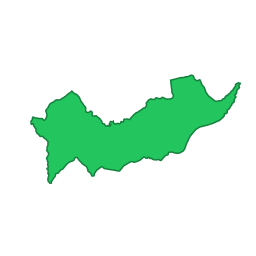 Laulara, Aileu, East Timor (Equal Earth projection), rotated 17°
{"feature_id": "22284137B18374352558819", "entity_name": "Laulara", "entity_type": "district", "adm_level": 2, "iso_a3": "TLS", "parent_name": "East Timor", "parent_adm1": "Aileu", "projection": "equal_earth", "projection_center": [125.578, -8.625], "detail": "fine", "context": "isolated", "style": "filled", "palette": "green", "viewbox_px": 256, "rotation_deg": 17, "n_neighbors": 0, "source": "geoboundaries", "source_scale": "gbopen_adm2", "svg_char_len": 5827}
<svg xmlns="http://www.w3.org/2000/svg" viewBox="0 0 256 256"><g transform="rotate(17 128 128)"><path d="M186.7,134.6L187.5,133.9L187.8,133.3L188.4,130.6L188.4,129.0L188.5,126.1L189.8,117.7L190.2,116.7L192.8,110.7L193.6,109.2L194.8,107.8L196.7,105.8L198.0,105.1L203.7,101.6L205.0,100.6L206.9,99.4L208.3,98.3L211.5,95.4L212.0,95.0L213.0,94.5L213.3,93.6L213.8,93.2L214.3,92.5L214.9,91.2L215.9,89.8L216.3,88.9L216.4,88.1L216.2,86.7L216.2,86.1L216.9,85.7L217.8,85.5L218.1,85.0L218.3,84.3L218.3,83.5L217.8,82.7L217.6,82.0L218.8,80.7L219.1,80.1L219.5,79.0L219.5,78.1L219.8,77.1L220.2,76.5L220.5,75.4L220.4,74.8L220.5,73.7L220.9,73.4L221.4,73.0L221.7,72.4L221.8,71.7L221.8,71.0L221.5,70.5L221.4,68.4L222.1,67.4L222.1,66.7L221.7,66.1L220.8,65.9L220.5,65.1L220.7,64.6L221.2,64.1L221.6,63.4L221.6,62.3L221.0,60.8L221.1,60.2L221.4,59.8L222.0,58.2L222.6,57.3L222.7,56.5L222.2,55.7L221.7,55.4L221.5,54.9L221.5,54.3L222.3,53.3L222.3,52.5L220.9,52.7L220.5,52.4L219.3,53.4L218.7,54.1L218.2,54.9L218.3,55.7L218.6,56.4L217.9,58.1L217.2,60.3L217.2,61.0L217.0,61.7L216.5,62.0L215.9,62.8L215.5,64.6L214.7,65.8L214.3,66.1L213.9,66.7L213.8,67.4L213.5,68.0L212.7,68.2L212.3,68.8L211.9,69.8L211.8,70.7L211.6,71.6L211.1,72.0L210.1,72.5L209.4,74.3L208.8,74.8L207.7,75.1L206.3,75.8L205.1,76.5L203.4,76.8L195.2,73.6L194.2,72.7L192.0,71.0L190.9,69.3L189.9,68.1L188.8,66.7L188.2,66.4L185.9,64.9L185.2,63.8L182.8,61.0L182.3,61.0L181.0,62.2L180.1,62.6L179.4,62.6L177.7,61.9L177.0,61.4L176.3,60.6L175.7,59.5L175.1,59.1L174.1,58.9L173.4,58.9L172.5,59.3L172.0,59.9L170.0,61.5L168.4,62.0L166.7,63.2L165.4,64.0L164.5,64.0L162.0,65.4L158.7,67.5L156.3,68.9L154.8,69.8L157.1,75.2L159.2,79.8L159.6,81.1L160.0,81.6L160.2,81.8L160.7,82.4L161.5,83.0L161.9,83.7L162.0,84.4L162.0,85.5L161.8,86.2L161.3,86.8L159.5,88.0L158.3,88.5L155.5,89.2L153.4,88.6L152.1,88.6L151.6,88.8L151.2,89.4L150.3,90.7L145.9,90.9L145.5,92.2L145.1,92.5L144.6,93.1L143.7,93.4L142.8,93.5L141.6,93.4L140.2,94.4L139.5,95.3L139.2,96.2L138.2,98.4L138.2,99.0L138.4,99.6L138.9,100.0L139.0,102.3L138.9,102.7L138.3,103.6L136.7,104.7L135.5,106.8L134.5,107.6L133.2,109.2L132.9,109.9L132.2,110.5L131.4,110.9L131.1,111.5L129.8,113.3L129.3,114.6L128.0,117.0L127.7,117.9L127.5,118.6L127.0,119.3L126.7,119.6L125.4,119.5L124.6,119.6L123.9,120.0L123.5,120.3L123.0,120.4L122.3,120.3L121.9,120.6L121.6,121.3L121.6,122.1L121.9,123.4L121.7,123.7L121.0,123.9L119.8,123.8L119.4,124.1L119.4,125.3L119.2,125.9L118.7,126.4L118.2,126.7L116.9,126.5L116.3,126.8L114.7,128.0L113.2,127.8L112.8,127.2L111.9,125.8L111.5,126.7L111.1,126.9L110.5,126.9L110.0,126.7L109.5,126.8L109.2,127.5L109.3,128.4L108.9,129.4L109.2,130.0L109.6,129.9L110.6,130.0L110.2,131.4L109.6,131.7L109.2,131.8L108.7,131.5L108.0,131.5L107.3,132.4L106.0,132.6L105.6,132.2L105.0,131.8L104.6,131.4L104.2,131.1L103.7,131.0L103.2,131.2L102.7,131.2L102.2,131.1L101.7,130.6L100.9,129.2L99.4,128.1L97.6,127.0L96.9,126.7L96.0,126.6L94.2,125.6L93.6,125.7L92.3,126.5L91.5,126.8L90.8,126.8L90.3,126.5L89.8,125.8L89.2,123.6L88.8,123.2L88.4,122.9L87.8,122.8L87.3,122.8L86.6,123.6L86.3,124.2L85.8,124.6L84.0,125.1L83.5,125.0L82.6,124.1L82.3,123.2L81.8,121.6L81.5,120.9L81.2,120.4L79.8,119.7L76.4,117.0L75.2,116.1L74.3,115.2L73.2,113.7L72.0,112.6L69.6,111.2L68.8,110.9L67.7,110.7L67.0,110.8L66.0,110.5L63.5,109.1L62.9,110.3L61.9,111.6L60.9,112.7L59.0,115.9L58.0,117.1L57.3,118.1L56.5,118.7L54.8,120.9L53.6,121.5L52.1,121.7L50.4,122.8L49.1,125.0L47.3,126.5L46.7,127.3L46.3,128.0L45.8,129.8L45.6,131.8L44.5,134.4L44.3,135.2L44.5,135.9L45.7,137.5L46.3,138.3L46.8,139.5L46.9,140.3L46.7,143.2L46.0,145.0L45.2,145.2L43.5,144.1L43.1,144.1L40.4,144.9L38.3,145.1L36.7,145.5L35.1,145.3L34.3,145.3L34.0,145.4L33.6,145.7L33.6,145.8L33.8,146.6L34.1,147.0L34.1,147.3L33.9,148.3L33.7,148.7L33.5,149.4L33.3,149.7L33.3,150.1L33.8,151.5L34.2,152.4L34.5,152.7L34.9,152.5L35.4,152.1L35.8,151.5L36.3,151.9L36.8,152.9L37.7,154.0L38.3,154.2L39.3,155.3L40.1,155.4L40.5,156.4L40.6,157.3L41.0,158.0L42.9,159.9L43.4,160.0L44.3,160.1L45.5,161.2L46.1,161.6L46.7,161.6L48.0,161.2L49.4,161.1L50.6,162.1L53.4,163.0L54.0,163.4L54.4,163.9L55.7,164.5L55.9,165.6L55.9,166.3L56.2,167.0L56.5,167.5L56.5,168.1L56.2,169.2L56.2,169.8L56.9,171.7L56.8,172.4L56.9,173.0L57.1,173.5L57.7,174.1L58.3,174.5L58.8,174.6L59.2,174.8L59.4,175.7L59.8,176.4L59.5,178.5L58.9,180.3L59.2,181.2L60.4,182.2L60.6,182.8L60.7,183.4L61.8,184.4L61.8,185.6L61.8,186.3L62.1,187.0L62.6,187.5L62.9,187.9L63.1,188.7L63.2,189.5L62.5,190.1L62.4,190.8L63.6,191.1L64.2,192.5L64.7,194.1L64.7,195.1L65.5,195.4L66.0,195.3L66.3,200.4L66.6,200.9L67.0,201.8L67.3,202.3L68.4,202.9L69.2,203.6L69.8,203.5L70.7,203.2L70.5,202.0L70.5,201.4L71.8,197.2L72.3,195.9L72.5,195.3L72.3,193.3L72.7,192.4L74.0,191.7L74.4,191.6L75.7,188.2L76.2,187.6L77.6,186.4L78.4,184.4L79.0,182.7L80.4,179.9L80.9,179.1L83.0,176.7L84.6,175.8L85.7,174.6L85.7,173.9L86.0,171.9L86.5,171.6L87.7,171.1L88.2,171.2L90.7,173.2L92.9,174.3L94.3,175.3L96.5,176.1L97.9,176.5L99.2,176.8L101.3,178.9L101.9,179.8L102.0,180.5L102.6,181.1L105.1,181.9L107.0,183.9L107.6,184.4L108.1,184.4L109.5,183.5L109.2,181.5L110.2,178.2L110.7,177.2L113.8,172.9L115.2,172.7L116.3,173.4L117.2,173.7L123.7,172.9L125.8,172.5L127.0,172.4L131.7,171.9L132.2,171.7L132.6,171.3L134.3,167.2L134.4,166.4L135.0,165.4L139.8,160.1L141.1,159.1L142.7,158.9L143.6,159.0L144.2,158.9L145.3,158.0L146.1,157.6L147.1,156.8L148.9,155.2L149.8,153.9L151.3,151.5L151.7,151.1L152.2,151.1L154.5,151.6L155.3,151.3L155.6,150.6L155.8,150.0L156.2,149.8L157.4,150.6L158.0,150.8L159.1,150.0L159.8,150.4L161.0,150.7L161.9,150.8L164.8,150.1L166.4,149.2L166.8,149.1L167.9,149.5L168.9,149.5L169.3,149.1L170.6,145.9L171.6,143.9L172.4,143.1L174.0,141.9L174.1,141.1L173.9,139.9L174.2,139.4L175.4,138.7L177.4,138.1L178.6,138.1L179.6,138.2L180.2,138.1L182.2,137.9L183.1,137.6L185.2,136.4L186.7,134.6Z" fill="#22c55e" stroke="#15803d" stroke-width="1.5"/></g></svg>